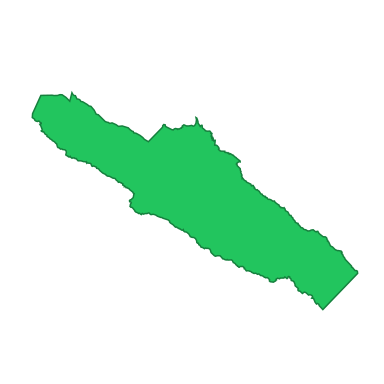 Paclin, Catamarca, Argentina (Mercator projection), rotated 314°
{"feature_id": "61730980B62302984984112", "entity_name": "Paclin", "entity_type": "district", "adm_level": 2, "iso_a3": "ARG", "parent_name": "Argentina", "parent_adm1": "Catamarca", "projection": "mercator", "projection_center": [-65.679, -28.096], "detail": "fine", "context": "isolated", "style": "filled", "palette": "green", "viewbox_px": 384, "rotation_deg": 314, "n_neighbors": 0, "source": "geoboundaries", "source_scale": "gbopen_adm2", "svg_char_len": 6077}
<svg xmlns="http://www.w3.org/2000/svg" viewBox="0 0 384 384"><g transform="rotate(314 192 192)"><path d="M248.3,143.2L247.1,145.0L244.2,147.1L241.9,147.7L240.7,147.5L240.2,147.2L239.7,145.5L237.5,144.0L235.7,142.2L234.7,139.5L232.8,139.2L232.3,140.1L231.4,139.6L230.5,140.0L230.1,139.4L228.4,139.1L227.7,138.0L227.1,138.2L226.7,136.7L226.1,135.9L225.0,135.4L223.7,135.4L222.9,134.3L220.9,128.0L220.8,127.4L221.7,126.0L220.9,124.8L219.3,124.9L218.4,125.7L217.7,125.8L197.9,125.7L196.8,121.2L197.0,118.8L196.6,115.3L195.4,111.0L194.1,109.0L194.7,107.7L194.1,106.5L193.8,104.0L193.9,101.6L191.0,95.9L188.1,93.5L187.7,90.6L186.2,86.5L184.2,85.2L183.9,83.4L183.1,82.3L182.4,80.6L182.5,70.9L181.4,69.1L182.9,64.8L183.4,59.8L182.3,58.1L182.2,56.1L181.0,50.8L179.9,49.1L180.4,47.7L180.1,46.2L179.0,44.6L180.3,41.2L179.4,40.0L179.4,38.7L180.0,36.7L172.4,41.0L172.5,35.6L171.7,31.0L170.3,29.4L168.0,28.2L165.5,25.7L164.5,24.2L156.5,16.2L137.6,22.9L134.6,25.4L135.0,28.1L134.4,29.3L134.6,30.4L135.3,31.8L136.7,32.5L136.6,34.7L136.9,35.5L136.4,36.1L135.0,35.4L134.5,37.4L132.9,40.8L132.3,41.4L131.2,41.1L131.1,41.5L131.7,43.0L132.3,43.4L131.6,46.2L132.1,47.9L131.9,48.6L131.3,49.0L131.9,51.9L131.6,52.6L132.2,55.1L131.9,55.7L132.6,58.1L132.4,60.4L132.7,61.0L131.0,63.9L130.9,64.9L131.4,65.5L131.5,67.6L132.6,68.5L132.7,69.5L134.0,71.1L134.2,72.7L132.9,74.4L131.3,75.2L130.9,76.0L131.5,77.4L131.4,78.1L131.8,78.5L131.6,79.0L132.1,79.6L133.0,79.7L132.7,80.4L132.9,82.1L133.4,82.1L133.7,82.8L134.8,83.5L134.8,84.8L135.6,85.4L135.3,88.3L137.4,90.6L138.5,92.9L139.8,94.4L140.0,94.9L139.7,95.9L140.2,95.7L139.9,96.3L141.9,98.8L142.1,99.6L141.1,101.8L141.2,102.5L142.4,103.2L143.4,105.9L142.8,107.0L143.8,108.5L143.4,110.7L143.6,114.6L144.7,117.9L144.4,118.6L144.7,120.1L146.0,121.8L147.0,125.4L148.3,127.3L147.9,129.5L148.2,131.0L147.8,132.3L148.9,133.1L149.1,134.3L149.6,134.8L149.5,135.6L149.9,136.5L148.9,137.3L149.4,139.1L148.9,139.6L149.3,139.7L149.6,140.4L149.3,141.7L150.1,142.2L150.1,143.1L150.7,144.4L150.4,145.3L150.8,149.6L150.4,150.3L150.6,151.6L149.7,151.9L147.2,153.6L144.0,153.5L143.5,153.0L142.4,153.0L141.7,153.9L142.3,154.7L142.0,155.9L140.3,156.2L139.8,156.9L138.7,157.2L138.5,158.4L139.2,159.4L139.3,160.6L138.9,163.7L138.5,164.4L138.6,165.7L139.3,167.2L139.4,168.5L140.2,168.9L140.5,171.2L142.0,171.1L142.2,172.3L144.2,173.5L145.2,174.6L146.8,175.3L147.2,176.1L147.0,177.0L147.2,178.2L149.0,179.5L150.2,181.7L150.6,184.0L152.0,187.2L152.8,188.2L152.9,189.2L155.4,194.3L155.5,196.2L154.9,196.6L154.7,198.0L155.3,201.0L155.2,204.5L156.1,205.2L156.1,206.4L156.8,208.0L156.6,208.5L157.2,209.1L157.3,210.8L158.0,211.8L158.9,211.9L158.2,212.9L158.2,214.2L159.4,216.0L159.6,218.9L158.7,221.8L159.4,223.5L160.6,225.0L160.9,226.8L160.3,228.9L159.0,230.6L159.1,231.7L159.6,232.2L158.8,233.6L159.2,234.9L158.6,236.7L159.5,238.4L159.9,240.4L161.1,240.6L161.8,242.0L162.6,242.5L163.3,244.3L163.1,245.3L161.7,247.8L161.7,252.3L162.0,253.4L163.9,254.6L165.7,256.6L165.3,260.7L165.8,261.1L166.1,262.4L166.9,263.9L167.9,264.2L167.9,265.0L170.6,267.6L170.7,268.8L169.9,270.8L170.3,271.5L170.5,273.0L170.2,274.1L170.5,275.9L170.2,276.3L170.5,276.6L170.4,277.8L170.7,278.3L171.9,278.4L173.7,280.3L173.8,282.5L173.1,282.8L173.4,283.4L173.0,285.9L174.2,286.9L174.8,287.8L175.8,290.0L175.7,290.8L176.5,293.2L177.9,294.3L178.3,296.3L179.5,297.0L179.6,299.5L180.4,300.3L180.9,301.9L180.9,303.3L181.4,303.8L181.4,304.5L182.9,305.8L182.8,308.8L181.8,309.4L181.8,310.6L183.7,313.2L186.2,313.9L186.7,313.5L187.4,313.8L187.7,313.1L189.4,313.4L190.4,315.3L191.4,315.3L194.0,317.9L195.4,317.8L195.7,320.5L197.0,320.6L197.5,320.1L198.0,320.0L198.4,320.2L198.8,321.2L198.1,322.2L198.2,323.6L197.3,324.9L198.1,326.3L198.3,327.6L197.1,330.3L196.2,331.3L196.4,335.5L195.1,336.2L194.8,337.2L195.7,338.7L195.7,341.9L197.9,342.3L198.3,342.7L198.8,344.2L198.8,347.4L200.2,348.3L200.9,350.3L200.3,351.6L198.8,351.9L199.9,353.3L198.2,357.2L197.9,359.4L199.1,359.8L199.3,361.4L198.6,362.4L198.3,367.8L248.5,367.7L249.9,366.0L249.7,364.9L248.7,363.8L249.2,359.8L248.8,359.0L249.5,358.2L249.6,357.4L250.0,348.6L250.5,348.0L250.9,345.4L251.8,343.7L251.6,342.6L252.0,341.8L252.4,342.1L252.9,341.8L253.1,340.3L251.4,337.8L250.9,337.4L250.0,335.0L250.1,331.3L249.4,329.1L251.0,325.1L250.8,323.6L251.5,323.3L251.5,322.1L252.4,321.1L252.5,319.8L252.3,319.0L250.9,317.4L250.4,312.3L251.1,309.8L250.5,309.2L249.6,309.1L249.2,308.1L249.0,305.4L247.3,304.1L246.0,303.8L244.4,302.4L243.9,300.2L242.7,298.2L243.0,297.2L242.8,296.1L242.1,295.2L242.6,292.4L242.4,291.1L242.6,290.5L243.1,290.2L242.2,288.4L242.0,287.0L242.6,286.5L242.8,283.3L243.4,282.6L243.3,280.7L243.9,279.5L243.0,278.3L244.2,275.0L243.5,272.2L244.5,270.4L244.7,269.1L244.0,269.0L243.1,267.3L242.6,267.0L242.8,266.7L242.4,265.2L243.1,263.3L242.7,262.4L242.3,258.9L242.8,257.6L241.5,256.4L241.3,254.5L240.6,252.8L239.8,252.1L239.6,251.1L240.0,250.0L239.4,249.3L239.8,248.1L239.2,248.1L239.1,246.2L238.6,245.4L239.1,243.9L238.5,243.2L238.8,241.1L239.2,239.9L238.9,238.4L239.0,237.4L238.3,237.0L238.1,236.3L238.0,234.1L238.7,233.9L238.8,232.3L239.2,231.7L239.1,231.2L237.8,230.5L238.5,228.8L237.0,224.3L237.4,223.4L236.8,221.6L237.1,219.4L236.4,218.8L237.4,218.2L237.8,216.5L238.5,216.5L238.9,216.1L240.0,213.3L240.8,213.0L240.9,212.2L242.3,210.4L242.3,206.4L242.9,205.6L242.8,204.8L243.5,204.6L243.5,204.3L245.6,204.5L246.8,205.1L247.1,205.7L247.7,205.1L247.2,200.2L247.4,199.9L247.0,198.1L247.1,196.0L246.6,195.5L246.7,194.9L246.2,193.0L245.5,192.9L245.6,191.4L245.0,191.6L244.7,189.8L243.5,188.4L243.4,188.0L244.1,187.3L241.1,184.0L241.3,183.2L241.0,181.7L241.2,181.3L242.0,181.3L242.6,180.2L242.8,177.8L242.5,176.9L241.5,175.8L245.3,172.8L244.7,172.2L244.2,172.4L243.8,172.1L243.9,171.4L243.6,170.7L244.9,170.6L245.3,169.8L244.2,169.1L244.8,168.3L245.7,168.5L245.5,166.8L246.5,166.9L246.9,166.2L247.9,165.7L247.2,164.8L248.0,164.4L248.2,162.5L246.3,160.7L245.3,159.0L245.6,158.1L245.3,154.9L246.8,153.2L246.9,152.7L245.9,152.2L244.9,152.4L245.8,148.4L246.6,147.7L247.7,145.8L248.5,144.1L248.3,143.2Z" fill="#22c55e" stroke="#15803d" stroke-width="1.5"/></g></svg>